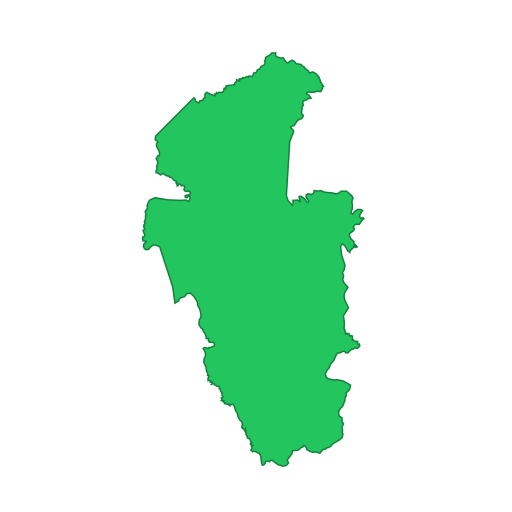 the district of Carmen Del Darién (Curbaradó), Chocó, Colombia, rotated 283°
{"feature_id": "7082276B82467093202899", "entity_name": "Carmen Del Darién (Curbaradó)", "entity_type": "district", "adm_level": 2, "iso_a3": "COL", "parent_name": "Colombia", "parent_adm1": "Chocó", "projection": "albers", "projection_center": [-77.0, 7.04], "detail": "fine", "context": "isolated", "style": "filled", "palette": "green", "viewbox_px": 512, "rotation_deg": 283, "n_neighbors": 0, "source": "geoboundaries", "source_scale": "gbopen_adm2", "svg_char_len": 6096}
<svg xmlns="http://www.w3.org/2000/svg" viewBox="0 0 512 512"><g transform="rotate(283 256 256)"><path d="M98.5,380.8L102.0,380.8L103.3,379.7L105.7,379.6L108.2,378.2L112.3,379.0L114.0,377.1L117.7,376.2L118.8,373.0L122.6,371.5L125.6,372.2L129.3,374.3L135.6,375.1L138.1,374.5L139.7,375.4L142.9,374.6L145.8,376.7L147.7,377.3L151.5,377.1L153.9,368.8L153.6,362.2L152.6,359.9L152.7,353.7L153.8,351.6L156.8,350.0L160.9,351.0L162.8,352.2L167.1,352.9L171.9,355.3L177.6,356.4L179.9,357.5L180.5,359.7L182.8,362.2L183.0,363.7L181.9,365.3L182.1,367.2L186.2,369.6L187.3,371.8L188.9,373.0L188.7,375.6L191.6,377.4L193.5,376.5L192.9,375.1L193.5,374.6L195.6,374.2L195.2,371.3L196.1,369.9L195.6,368.9L199.7,368.0L199.8,366.7L199.1,365.5L200.9,364.4L201.4,363.3L199.9,361.1L201.1,361.1L202.4,359.5L203.8,359.4L204.4,358.3L211.2,357.0L217.4,354.6L226.4,357.7L233.3,352.2L236.9,350.7L240.4,350.7L246.2,352.6L249.5,347.9L252.4,345.8L256.8,345.8L259.2,343.9L262.4,345.0L266.9,344.8L276.3,339.2L284.2,336.4L286.6,336.7L287.0,338.3L286.0,340.2L281.5,344.4L280.6,346.6L281.9,346.2L286.3,349.2L287.5,349.1L287.2,349.8L287.9,350.3L286.7,351.1L287.7,352.5L289.4,350.2L289.7,348.7L291.9,348.2L294.3,344.4L297.7,342.0L299.0,342.3L302.8,345.4L304.4,345.7L306.0,344.5L308.0,344.7L309.3,346.1L310.2,349.6L314.7,351.3L316.6,352.7L317.2,352.0L316.5,349.3L317.9,348.0L320.0,348.0L324.3,349.6L324.9,348.2L324.3,344.7L321.5,342.1L318.8,341.2L318.8,339.4L320.4,338.6L323.3,339.2L327.3,338.5L330.2,337.2L334.2,337.5L336.4,335.6L339.5,329.6L338.3,324.4L335.6,322.2L334.4,319.4L334.7,316.7L333.6,308.4L334.3,304.4L333.2,301.9L332.9,298.0L330.6,298.1L329.1,297.2L328.4,295.7L328.3,292.6L326.9,291.2L324.4,291.6L321.4,295.0L319.9,294.6L320.2,293.2L322.6,290.5L324.4,286.4L323.9,284.9L322.9,284.6L319.2,287.1L319.0,286.3L319.9,283.9L318.5,279.5L315.6,280.3L313.6,279.8L317.2,274.8L321.7,272.0L375.2,263.1L385.4,264.7L386.7,264.2L389.3,260.8L390.6,261.6L391.7,263.9L396.7,265.6L399.2,267.8L400.0,269.6L402.9,270.6L403.7,270.4L404.7,268.7L406.4,268.0L410.0,267.8L410.7,267.1L413.7,268.3L416.4,266.8L418.4,268.1L419.6,270.3L420.8,270.7L422.1,274.2L424.4,271.8L425.1,269.5L425.8,268.8L426.7,269.1L427.7,270.8L428.3,274.9L430.3,278.6L430.7,282.1L433.9,283.0L435.6,282.9L436.5,283.7L438.2,281.5L439.6,280.9L440.0,279.4L441.5,279.1L444.6,277.0L447.2,273.3L448.1,269.8L446.4,266.8L448.3,265.3L449.5,262.2L451.2,260.2L451.5,258.2L452.8,256.9L452.4,251.7L454.2,249.7L454.9,247.0L452.7,244.6L451.7,244.3L451.2,243.0L452.4,240.8L455.2,238.1L454.5,235.8L454.7,231.7L455.8,229.9L458.4,229.4L457.7,228.5L457.7,226.6L457.2,225.4L455.7,224.9L451.6,220.7L448.7,220.9L448.0,220.4L446.7,221.5L443.9,220.9L442.0,218.4L439.0,217.5L437.8,215.6L434.4,214.7L434.0,212.8L430.1,212.1L429.7,208.5L428.4,208.3L428.8,206.6L426.9,204.6L426.9,202.9L425.7,202.6L424.8,199.9L422.9,200.6L423.4,197.5L422.2,197.9L419.8,196.5L418.1,196.7L415.1,188.6L412.1,188.9L412.6,187.9L412.3,187.2L409.1,187.3L407.5,185.8L407.2,183.0L406.2,182.1L405.7,181.1L406.1,180.8L404.6,180.3L404.7,179.6L403.0,179.9L403.1,176.9L404.4,171.0L402.2,169.8L398.8,170.7L398.0,169.5L395.5,169.1L394.8,166.5L392.5,165.7L392.1,166.3L393.1,162.4L395.9,160.8L396.1,159.8L350.2,131.2L346.6,131.6L345.9,133.8L345.0,134.5L342.7,133.8L340.6,134.4L336.2,138.1L333.4,139.2L332.2,139.1L331.4,137.7L328.4,136.8L326.2,138.9L324.0,139.5L320.8,138.9L319.6,139.8L317.9,139.9L316.7,139.4L314.8,139.9L314.6,142.3L313.5,144.7L315.6,146.8L314.1,150.4L314.1,153.6L313.2,154.3L313.5,156.3L311.3,159.0L310.9,161.5L309.2,161.7L309.3,162.6L308.2,162.5L307.8,163.7L306.7,163.4L307.1,164.3L308.4,164.2L308.9,164.9L308.6,166.6L307.5,167.8L308.4,168.9L308.2,170.2L307.1,171.0L304.6,170.8L303.4,171.9L303.3,174.4L304.3,175.9L303.1,177.9L300.9,177.6L299.0,173.4L297.3,173.9L297.2,175.6L299.5,177.0L299.4,178.0L298.1,178.6L295.5,178.7L294.0,177.8L294.8,175.1L293.3,170.3L290.8,157.2L290.1,144.5L286.8,140.1L285.1,139.2L280.7,138.5L278.3,139.5L274.5,138.0L271.8,139.4L268.7,139.5L267.7,140.1L264.6,139.5L263.4,139.9L263.2,140.6L260.8,139.7L260.2,140.6L259.2,140.0L257.0,141.6L255.5,140.2L251.0,143.1L249.4,142.4L249.4,141.6L248.2,141.3L245.3,142.6L245.7,145.4L245.2,145.9L242.3,144.0L239.9,144.2L238.0,145.6L237.4,148.0L238.5,150.0L241.9,151.8L244.0,154.2L243.5,160.0L207.3,181.7L191.8,187.6L195.1,190.9L196.3,190.6L198.1,191.7L200.3,195.5L204.1,197.4L204.6,199.8L205.3,200.2L202.5,204.7L199.3,208.1L197.9,209.3L194.8,210.2L191.7,213.1L187.0,215.4L184.0,216.1L181.3,215.2L176.5,215.7L173.6,218.4L172.9,220.4L170.6,221.7L169.5,223.3L166.5,225.5L164.4,226.0L165.1,228.3L163.2,228.4L161.5,229.9L162.2,234.2L160.3,235.6L159.1,235.5L156.4,232.1L156.2,230.5L155.3,230.1L155.1,226.1L154.0,225.3L151.2,228.0L147.1,229.4L144.5,228.5L140.8,229.0L136.2,232.4L133.2,233.5L130.2,235.6L128.8,235.7L128.7,237.2L125.7,236.8L123.7,237.3L124.4,238.5L124.0,239.4L122.8,239.8L123.7,240.7L123.1,240.9L123.4,241.5L122.5,242.3L121.1,241.6L122.1,243.8L121.2,244.6L120.3,247.5L120.8,248.6L120.0,249.9L118.4,250.0L118.3,251.1L116.3,252.0L115.4,253.6L114.8,253.3L114.0,254.1L112.3,254.3L111.4,255.5L109.7,255.0L109.8,254.2L108.0,255.3L107.8,256.3L107.3,255.3L107.0,257.2L106.4,257.2L105.8,259.1L105.1,258.8L105.3,261.9L104.3,264.1L105.7,263.6L105.5,265.3L106.4,266.9L105.4,268.2L100.3,271.2L98.8,273.1L96.4,274.0L94.0,275.8L92.0,277.8L92.0,278.7L89.3,280.7L87.4,280.5L86.3,281.1L85.9,280.6L84.9,281.7L85.1,282.6L84.1,283.4L85.4,284.4L83.4,284.6L83.2,285.4L82.7,284.8L80.8,286.5L80.0,286.3L78.3,288.1L76.8,288.5L76.4,289.9L76.9,290.8L73.4,293.1L71.5,292.7L71.0,293.6L71.7,293.9L70.9,294.0L70.6,295.5L69.5,294.4L68.0,295.4L65.6,294.7L64.6,296.6L65.4,299.4L64.4,302.5L64.8,303.3L62.0,305.7L55.2,308.1L53.6,309.2L54.1,310.5L56.1,311.6L57.2,311.3L58.5,312.6L59.0,313.5L58.5,315.4L60.1,316.1L60.7,317.1L57.4,325.0L57.8,326.8L57.1,329.3L58.8,332.7L61.8,334.3L64.0,332.3L71.5,335.5L74.5,335.3L75.7,339.4L77.3,341.8L78.9,342.5L80.5,344.6L82.3,345.3L81.4,347.4L78.8,349.1L77.8,352.2L77.5,356.2L78.3,357.0L78.5,358.7L78.2,362.7L82.0,364.3L83.9,367.6L85.1,367.9L85.4,369.4L87.7,371.9L90.5,373.2L95.3,378.4L98.5,380.8Z" fill="#22c55e" stroke="#15803d" stroke-width="1.5"/></g></svg>